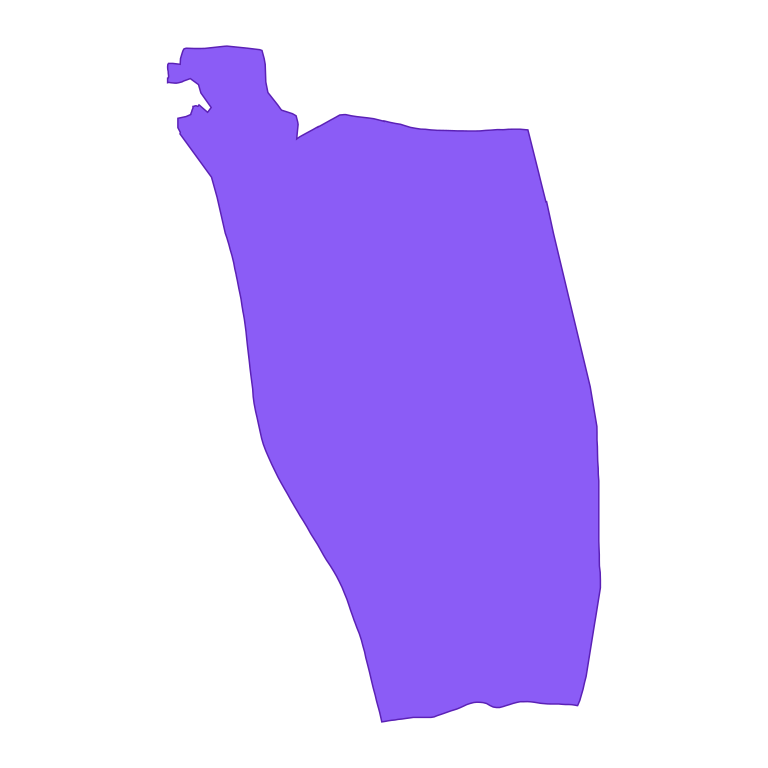 Rada', Al Bayda', Yemen
{"feature_id": "15242507B79074936513769", "entity_name": "Rada'", "entity_type": "district", "adm_level": 2, "iso_a3": "YEM", "parent_name": "Yemen", "parent_adm1": "Al Bayda'", "projection": "natural_earth1", "projection_center": [44.883, 14.33], "detail": "fine", "context": "isolated", "style": "filled", "palette": "violet", "viewbox_px": 768, "rotation_deg": 0, "n_neighbors": 0, "source": "geoboundaries", "source_scale": "gbopen_adm2", "svg_char_len": 4341}
<svg xmlns="http://www.w3.org/2000/svg" viewBox="0 0 768 768"><path d="M336.9,116.6L336.6,116.8L332.8,118.9L332.5,119.1L331.8,119.4L330.2,120.3L321.6,125.1L317.9,127.1L317.9,126.8L316.6,127.5L315.7,128.0L313.1,129.5L307.0,132.8L304.8,134.0L299.9,136.7L296.7,139.0L296.8,137.8L297.4,131.5L298.1,124.5L297.7,122.0L296.1,115.8L292.5,113.7L286.1,111.6L281.7,110.2L281.0,109.5L277.7,104.9L267.9,92.5L265.8,82.0L265.2,64.4L264.2,58.7L262.0,50.5L259.8,49.7L247.5,48.2L227.0,46.1L224.1,46.3L204.9,48.4L200.3,48.5L196.5,48.5L196.0,48.5L194.6,48.5L186.2,48.2L184.5,48.7L184.0,48.9L183.7,49.3L182.8,51.1L181.7,54.6L180.5,58.6L180.2,64.3L172.7,63.4L169.6,63.4L168.5,63.4L167.8,64.6L167.6,66.9L167.7,68.4L167.7,68.9L168.0,70.6L168.3,72.1L168.2,72.4L168.3,73.8L168.5,75.0L168.6,76.6L168.4,77.8L167.6,78.1L167.6,82.7L168.9,82.4L170.5,82.7L174.8,83.1L176.6,83.1L178.4,82.8L181.2,82.1L181.9,81.9L182.8,81.5L183.2,81.2L183.4,81.1L190.3,78.6L198.5,84.6L200.9,93.0L211.2,107.5L207.6,112.3L200.9,106.5L199.7,105.4L199.0,104.9L198.4,105.8L198.0,106.3L197.3,106.3L196.5,105.9L196.3,105.8L195.7,105.8L195.0,105.8L194.7,106.1L194.3,106.3L193.5,106.4L193.1,106.3L192.9,106.6L193.0,107.9L192.8,108.5L192.1,110.1L191.5,112.2L191.2,112.8L190.9,113.6L190.8,114.5L185.9,116.6L184.9,116.8L177.9,118.3L177.9,127.7L180.3,132.3L180.2,132.9L180.0,133.9L211.5,177.2L217.1,197.3L225.3,233.3L227.0,238.2L227.7,240.6L228.8,244.2L230.2,249.6L232.0,255.7L232.7,258.6L233.4,261.5L233.7,262.7L234.8,268.8L236.1,274.4L236.3,275.7L237.3,280.4L238.6,287.2L238.7,287.8L239.8,293.0L241.0,298.9L242.1,306.4L242.5,308.7L243.0,312.0L243.2,312.7L244.3,318.9L245.2,325.4L246.0,331.6L246.6,337.6L247.4,345.2L248.3,352.9L249.3,361.3L249.8,366.1L250.0,367.9L250.9,375.2L251.7,381.4L252.7,389.0L253.2,396.7L254.1,403.5L255.6,411.3L257.1,417.7L258.5,424.2L260.1,431.5L261.6,438.3L263.3,444.2L265.7,450.6L268.6,457.3L271.7,464.2L275.0,471.0L278.1,477.3L281.3,483.2L284.6,489.0L287.4,493.8L290.6,499.6L293.7,504.9L294.3,506.0L297.3,511.0L300.2,516.0L303.1,520.5L307.2,527.3L310.8,533.8L313.9,538.7L317.5,544.4L320.6,549.9L323.6,555.3L326.5,560.1L330.4,565.9L333.9,571.6L336.7,576.5L339.3,581.6L342.1,587.4L344.5,593.4L346.9,599.2L348.8,604.8L350.6,610.3L352.6,615.9L354.4,621.1L354.7,621.7L356.9,627.7L359.3,633.6L361.4,640.1L362.9,645.9L364.6,651.9L365.8,657.7L367.7,665.0L369.5,672.1L371.3,679.9L373.2,687.8L375.2,695.2L376.5,700.8L378.1,706.7L378.6,708.4L379.7,712.5L381.8,721.9L385.1,721.4L388.2,720.8L391.6,720.3L394.8,720.0L398.0,719.4L402.1,719.0L406.1,718.4L409.1,718.0L413.3,717.4L414.0,717.4L416.5,717.4L420.4,717.4L423.7,717.4L427.3,717.4L430.9,717.4L434.1,716.9L437.3,715.6L440.6,714.5L443.8,713.4L448.3,711.8L451.1,710.8L454.1,709.9L457.2,708.9L460.3,707.6L463.8,706.0L466.7,704.6L470.0,703.5L473.8,702.5L476.9,702.2L479.9,702.3L483.1,702.6L486.6,703.5L490.2,705.6L493.2,707.0L496.4,707.5L499.6,707.5L503.0,706.6L506.4,705.5L509.7,704.5L513.1,703.4L516.9,702.4L520.3,701.7L524.0,701.7L527.3,701.6L530.7,701.8L533.9,702.2L537.1,702.7L540.6,703.3L544.0,703.6L547.6,703.9L551.1,704.0L555.6,704.0L558.9,704.0L562.2,704.3L565.4,704.5L568.9,704.5L572.1,704.7L575.3,705.2L576.6,705.5L577.6,705.6L579.8,700.5L581.4,694.9L583.0,689.4L584.6,682.3L586.1,676.5L594.6,623.6L595.7,617.1L600.4,587.8L600.4,587.2L600.4,580.2L600.2,572.5L599.4,566.0L599.3,560.3L599.3,554.7L599.0,547.2L598.8,540.9L598.8,534.6L598.8,528.8L598.8,521.8L598.8,515.1L598.8,507.5L598.8,501.8L598.8,494.3L598.8,487.1L598.8,480.9L598.3,474.3L598.2,468.3L597.7,461.1L597.5,453.1L597.4,446.7L597.0,440.0L597.0,432.5L596.9,426.5L590.2,386.7L572.4,312.6L553.5,233.5L546.6,201.7L546.2,201.8L545.9,201.9L544.9,197.8L541.4,183.9L539.1,174.6L539.0,174.1L530.4,139.8L527.9,129.9L525.5,129.7L523.3,129.5L519.9,129.2L517.6,129.2L513.2,129.2L508.1,129.3L507.0,129.4L506.0,129.5L503.1,129.7L497.4,129.6L491.3,130.1L485.6,130.4L480.3,130.9L475.6,131.0L474.2,131.0L468.1,131.0L462.8,130.9L458.1,130.9L457.8,130.9L452.7,130.7L446.5,130.5L441.4,130.4L436.1,130.3L435.5,130.2L430.7,129.9L425.6,129.3L420.6,129.1L415.5,128.3L410.5,127.4L405.6,125.9L404.3,125.5L400.6,124.3L395.6,123.5L389.7,122.3L384.5,121.0L383.9,120.9L383.9,121.3L383.7,121.2L379.0,120.0L373.7,118.7L367.9,117.9L362.6,117.3L356.6,116.6L351.4,115.8L345.7,114.6L345.0,114.6L344.1,114.6L342.2,114.8L339.8,115.0L336.9,116.6Z" fill="#8b5cf6" stroke="#5b21b6" stroke-width="1.5"/></svg>